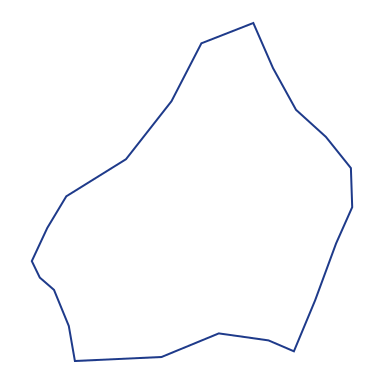 La Romana, Albers equal-area conic projection
{"feature_id": "DOM-1988", "entity_name": "La Romana", "entity_type": "Province", "adm_level": 1, "iso_a3": "DOM", "parent_name": "Dominican Republic", "parent_adm1": "", "projection": "albers", "projection_center": [-68.979, 18.531], "detail": "fine", "context": "isolated", "style": "outline", "palette": "blue", "viewbox_px": 384, "rotation_deg": 0, "n_neighbors": 0, "source": "natural_earth", "source_scale": "10m", "svg_char_len": 393}
<svg xmlns="http://www.w3.org/2000/svg" viewBox="0 0 384 384"><path d="M293.9,351.3L268.5,340.4L218.8,333.4L161.5,357.0L74.9,361.0L68.8,326.0L54.0,289.9L39.8,277.6L31.8,261.1L47.3,227.9L66.3,196.3L126.0,159.2L171.5,101.2L201.4,43.3L253.3,23.0L273.0,68.1L296.0,109.8L325.9,136.9L350.9,168.1L352.2,207.2L336.1,243.4L315.1,300.4L293.9,351.3Z" fill="none" stroke="#1e3a8a" stroke-width="2"/></svg>